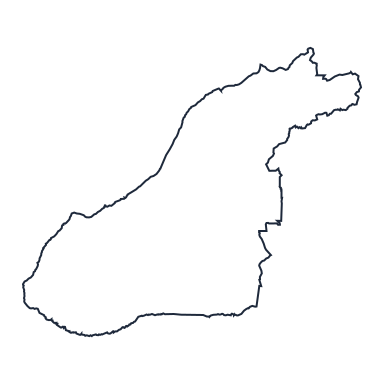 Yankalilla, South Australia, Australia (Natural Earth projection)
{"feature_id": "25037944B56627334914518", "entity_name": "Yankalilla", "entity_type": "district", "adm_level": 2, "iso_a3": "AUS", "parent_name": "Australia", "parent_adm1": "South Australia", "projection": "natural_earth1", "projection_center": [138.318, -35.494], "detail": "fine", "context": "isolated", "style": "outline", "palette": "slate", "viewbox_px": 384, "rotation_deg": 0, "n_neighbors": 0, "source": "geoboundaries", "source_scale": "gbopen_adm2", "svg_char_len": 5897}
<svg xmlns="http://www.w3.org/2000/svg" viewBox="0 0 384 384"><path d="M310.4,47.9L308.2,48.7L307.6,49.5L308.0,52.4L304.2,54.7L303.2,54.2L300.8,54.3L298.5,56.8L296.9,57.5L293.7,60.5L293.0,61.2L292.3,63.0L289.8,65.3L289.4,67.1L288.6,67.7L287.9,69.1L285.7,69.9L282.6,68.3L280.3,67.7L279.1,67.9L276.1,70.0L273.4,71.2L270.4,71.1L267.3,69.5L265.2,66.9L262.9,66.1L262.0,65.1L260.5,64.6L260.0,68.2L259.3,70.5L258.4,72.1L256.6,73.3L253.3,73.5L250.5,75.6L248.8,76.3L241.3,82.9L238.9,84.4L236.8,85.0L235.3,84.9L234.3,85.7L228.6,85.8L225.4,86.7L223.5,87.8L222.3,89.4L220.8,90.2L220.9,90.7L218.9,88.5L218.4,88.6L212.7,91.0L212.2,92.1L208.5,93.8L208.0,94.5L205.8,94.9L203.5,98.7L201.8,99.3L200.1,101.1L197.9,102.4L195.5,105.1L191.2,107.0L190.9,107.9L189.3,109.1L188.1,111.4L186.7,112.7L186.1,114.3L185.1,115.2L184.8,116.8L183.7,117.6L182.4,121.1L182.5,122.2L181.1,127.4L179.2,129.4L178.1,133.2L176.7,136.5L174.3,139.8L172.6,144.1L169.8,149.2L166.1,155.1L160.3,168.8L159.9,168.9L159.3,170.4L156.5,174.0L153.5,176.0L150.7,176.8L148.2,179.2L145.8,180.7L140.1,186.3L139.0,186.7L136.1,189.4L127.5,194.6L127.5,195.2L126.5,196.3L126.2,197.2L125.4,197.9L124.6,197.6L124.8,198.2L124.1,198.8L120.8,199.0L120.7,199.6L119.8,200.3L115.4,201.9L114.8,202.5L114.8,203.1L111.4,205.8L109.4,205.5L107.4,206.7L105.8,206.3L105.4,205.4L105.0,205.4L105.1,206.6L104.3,206.6L103.9,207.9L102.2,208.8L100.2,210.8L97.9,212.0L95.9,213.9L94.3,214.3L91.3,216.9L89.1,217.4L86.6,217.3L85.3,216.8L83.7,215.2L79.7,213.8L76.8,213.5L74.2,212.6L71.7,213.5L70.8,216.1L70.0,217.1L69.5,219.2L68.7,220.2L66.2,222.9L65.2,223.6L64.3,223.4L63.4,224.0L63.4,224.9L62.4,225.2L62.0,225.9L61.7,228.2L59.5,230.6L58.3,231.1L56.3,234.2L54.2,236.4L51.0,238.1L50.9,239.0L50.3,239.9L49.5,239.9L46.9,243.1L45.8,243.7L46.0,244.9L43.7,247.5L43.7,248.1L43.1,248.3L43.2,249.2L41.9,251.2L41.9,252.2L41.3,253.3L41.2,255.1L39.6,258.3L39.5,259.9L38.8,261.8L37.4,262.8L38.0,264.3L37.7,266.0L36.1,269.2L35.4,269.7L35.0,271.2L33.7,272.1L33.1,274.9L30.8,277.5L28.6,278.6L26.7,280.5L24.6,281.5L23.0,284.2L23.1,285.0L23.7,285.5L23.2,287.2L24.2,290.0L24.0,291.5L24.5,293.1L24.3,293.8L24.5,296.2L24.0,298.1L24.5,299.5L24.2,301.4L24.6,302.5L27.4,306.0L29.7,308.1L31.0,308.4L33.2,308.1L34.6,308.9L36.2,308.4L37.8,308.8L39.5,312.9L44.1,315.2L44.4,316.3L45.8,317.3L45.6,318.4L46.6,319.5L48.7,320.1L50.5,320.0L51.5,319.2L51.5,320.4L52.1,320.9L52.6,320.7L52.9,321.8L54.2,322.9L56.3,322.8L56.0,323.7L57.4,323.8L57.0,325.0L60.7,327.5L61.5,327.5L62.6,326.7L63.3,326.8L63.7,327.8L64.4,326.8L65.0,326.9L65.9,330.2L68.6,331.0L68.6,331.4L69.1,331.7L69.6,331.4L69.8,332.2L71.0,332.8L72.1,332.4L73.3,332.3L73.4,332.6L75.9,332.3L76.4,333.5L79.7,334.8L80.5,334.8L81.4,333.7L81.4,334.2L82.0,334.6L84.6,335.0L85.2,335.8L86.8,335.3L89.3,336.1L90.5,335.3L91.8,336.1L92.4,335.4L95.9,334.4L96.5,335.0L98.2,335.2L99.0,334.4L100.0,334.9L101.6,334.2L102.1,334.5L107.1,332.4L107.6,333.2L109.2,333.7L110.4,333.5L113.2,331.2L113.8,331.6L113.8,332.4L115.2,331.4L117.0,331.4L119.0,329.8L120.6,329.3L122.5,327.2L123.4,327.2L123.6,327.6L124.6,327.9L126.1,326.0L126.8,325.9L127.2,326.5L128.7,325.5L129.4,324.4L130.4,324.5L131.2,323.2L132.9,323.0L134.0,321.8L135.1,321.5L138.3,316.8L141.8,315.7L142.2,316.1L143.9,315.7L146.6,314.5L148.0,315.1L148.9,314.5L149.7,314.8L152.0,314.0L155.0,315.2L157.5,314.4L158.1,314.7L158.9,314.2L160.0,314.6L161.4,314.4L161.4,314.0L162.1,314.1L163.2,313.4L164.9,314.2L173.7,314.0L181.2,314.7L203.2,315.0L206.8,316.5L209.0,316.6L209.3,316.9L209.6,316.2L210.2,316.2L210.8,315.5L213.4,314.8L216.9,314.6L218.0,314.1L219.2,314.6L220.6,314.5L222.1,313.8L223.1,314.1L224.1,315.1L225.8,315.3L227.6,314.7L230.8,315.3L231.0,314.5L231.9,313.7L233.6,314.4L233.8,315.3L234.2,314.7L234.3,315.1L235.5,314.7L236.8,315.4L238.0,315.4L241.4,313.9L244.0,310.7L246.3,309.0L248.3,308.0L248.7,308.3L250.0,306.8L252.3,305.9L255.2,306.7L256.5,306.5L259.3,285.9L261.2,286.1L259.3,279.7L260.0,279.3L259.9,276.9L261.8,273.4L261.4,270.7L259.2,265.7L259.5,264.3L260.8,262.5L262.4,261.0L264.2,260.5L266.2,258.5L268.4,257.6L270.0,255.6L270.9,255.1L266.0,249.7L265.0,247.8L263.7,243.6L261.7,239.0L259.9,236.6L259.3,234.8L259.8,233.2L259.1,232.6L259.1,231.0L266.5,231.0L265.8,224.3L266.5,223.0L268.2,222.9L269.1,223.5L276.9,223.4L278.1,224.8L279.9,224.7L279.7,223.1L277.3,220.8L281.2,220.9L281.8,203.3L281.5,201.3L282.1,197.8L281.5,197.8L281.5,190.5L281.2,190.5L281.4,189.2L280.6,188.8L280.8,187.7L279.9,187.2L279.6,186.4L279.8,186.0L279.8,177.0L281.6,175.2L279.6,173.2L279.8,172.1L278.7,170.5L278.4,168.6L275.8,170.7L269.3,170.8L266.1,164.3L267.9,162.6L268.9,159.3L272.9,155.9L274.0,153.5L273.4,152.4L273.7,148.5L277.2,146.4L279.1,144.1L285.2,142.5L287.2,140.0L287.1,139.1L288.6,136.9L289.0,135.4L288.7,134.1L289.3,133.1L289.2,132.0L289.7,130.8L289.6,128.7L289.9,128.5L290.7,128.6L292.5,127.7L292.7,127.2L295.1,125.7L295.7,127.4L296.9,126.6L298.4,128.1L299.3,127.2L300.6,128.1L301.2,127.3L302.0,128.5L305.1,128.1L306.8,125.0L307.5,124.4L308.2,124.7L308.9,124.5L311.0,123.3L311.2,121.5L312.6,120.3L314.9,120.4L317.2,119.4L316.1,115.5L317.1,114.8L318.7,114.2L319.8,114.5L322.2,114.2L325.1,112.7L326.4,112.8L327.3,115.7L328.8,115.2L329.8,113.8L331.1,113.7L334.0,110.2L335.7,109.7L337.1,109.8L337.8,109.3L339.9,110.4L340.5,108.8L342.3,110.1L343.5,109.7L345.8,110.1L347.5,108.7L347.5,107.9L349.7,105.7L351.0,105.5L351.7,104.9L351.8,104.4L352.7,104.0L354.3,104.8L356.6,104.3L357.1,101.9L358.6,97.7L358.1,96.4L355.8,94.9L355.3,94.0L356.8,92.1L358.9,91.4L359.1,89.7L361.0,87.4L360.4,84.9L360.0,84.6L359.9,82.8L358.0,79.2L358.5,76.1L355.0,73.6L352.7,74.3L350.9,72.0L350.6,72.6L349.0,73.4L342.3,75.0L339.5,74.6L334.8,76.5L329.7,80.0L327.1,80.7L326.2,79.1L325.3,78.7L323.1,78.8L323.4,76.9L324.7,75.3L316.5,75.3L317.2,74.2L316.4,67.9L316.8,65.0L316.1,63.7L316.3,63.5L314.3,62.7L312.8,62.8L311.9,61.5L310.0,60.1L310.8,57.6L313.6,54.4L313.9,53.3L313.4,52.6L312.9,49.1L310.4,47.9Z" fill="none" stroke="#1e293b" stroke-width="2"/></svg>